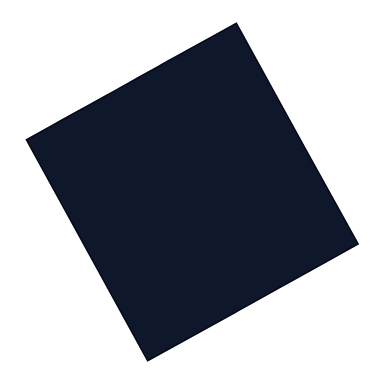 Trumbull, Ohio, United States of America, rotated 241°
{"feature_id": "52423323B93296857747121", "entity_name": "Trumbull", "entity_type": "district", "adm_level": 2, "iso_a3": "USA", "parent_name": "United States of America", "parent_adm1": "Ohio", "projection": "natural_earth1", "projection_center": [-80.618, 41.318], "detail": "fine", "context": "isolated", "style": "filled", "palette": "ink", "viewbox_px": 384, "rotation_deg": 241, "n_neighbors": 0, "source": "geoboundaries", "source_scale": "gbopen_adm2", "svg_char_len": 615}
<svg xmlns="http://www.w3.org/2000/svg" viewBox="0 0 384 384"><g transform="rotate(241 192 192)"><path d="M66.0,312.1L177.1,312.1L318.1,312.6L318.1,304.7L318.1,287.9L318.2,263.0L318.2,256.3L318.2,247.7L318.3,237.0L318.2,226.3L318.1,224.3L318.1,224.2L318.2,199.9L318.1,195.3L318.0,181.5L318.0,179.9L318.0,179.1L318.0,177.9L318.0,177.5L317.9,177.2L317.9,176.8L318.0,163.5L318.0,156.3L318.0,151.8L318.1,127.2L318.1,122.3L318.1,114.7L318.1,111.3L318.0,97.0L318.0,79.7L318.0,72.5L65.9,71.4L65.7,172.1L65.8,172.1L65.9,221.9L65.9,267.3L65.9,268.3L66.0,312.1Z" fill="#0f172a" stroke="#020617" stroke-width="1.5"/></g></svg>